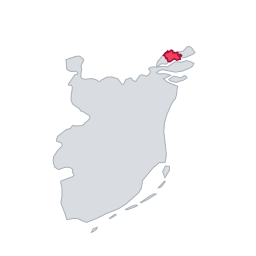 Terneuzen, Zeeland, Netherlands shown in context, rotated 160°
{"feature_id": "6326949B16829541191970", "entity_name": "Terneuzen", "entity_type": "district", "adm_level": 2, "iso_a3": "NLD", "parent_name": "Netherlands", "parent_adm1": "Zeeland", "projection": "natural_earth1", "projection_center": [3.831, 51.299], "detail": "fine", "context": "in_parent", "style": "filled", "palette": "rose", "viewbox_px": 256, "rotation_deg": 160, "n_neighbors": 0, "source": "geoboundaries", "source_scale": "gbopen_adm2", "svg_char_len": 4695}
<svg xmlns="http://www.w3.org/2000/svg" viewBox="0 0 256 256"><g transform="rotate(160 128 128)"><path d="M162.9,213.5L158.2,213.3L153.7,213.2L151.4,212.9L148.8,212.0L147.7,210.1L146.3,207.9L146.6,206.5L150.8,202.6L151.4,201.5L151.0,200.9L151.4,199.2L154.5,193.4L154.9,191.0L153.4,189.4L151.4,188.4L144.7,186.7L141.4,184.2L140.0,182.1L138.5,181.5L136.3,182.2L130.7,183.0L126.2,181.8L120.8,177.8L119.6,174.2L118.9,171.4L117.6,170.5L115.8,171.9L113.6,174.2L109.1,174.4L107.8,173.9L107.6,172.7L107.3,171.5L106.1,170.0L104.8,169.2L99.1,173.3L97.0,173.3L94.3,171.7L93.0,170.2L90.1,171.1L87.5,173.0L88.4,176.6L87.0,177.2L83.7,176.9L80.1,175.4L76.0,174.5L69.8,172.0L61.2,174.1L55.3,171.6L50.3,171.4L47.2,169.5L43.9,166.2L46.2,164.1L48.5,163.3L57.6,162.9L64.2,164.2L76.1,171.3L79.1,171.2L82.3,170.3L80.7,168.4L77.7,167.5L73.3,165.6L69.8,162.9L78.0,162.1L76.9,160.7L75.8,158.3L67.0,150.1L68.5,147.9L70.7,143.2L73.5,139.2L75.6,138.2L79.2,135.4L87.0,127.2L91.9,120.5L95.5,112.6L100.8,90.8L102.4,87.1L105.0,83.0L108.2,83.8L110.5,84.9L118.5,81.8L132.1,73.8L136.1,66.8L140.0,63.6L155.7,57.3L164.4,55.4L177.8,55.0L187.4,53.8L199.1,53.4L203.6,57.3L206.2,60.1L210.3,61.7L216.8,62.8L216.5,68.4L216.7,79.5L216.3,81.5L213.5,86.2L210.5,94.6L209.8,100.2L208.9,101.2L196.6,101.2L194.9,102.2L194.7,103.3L195.3,104.8L195.1,106.2L194.1,107.4L194.7,109.2L196.8,111.3L200.7,112.6L204.9,112.7L207.0,112.5L208.6,114.0L210.2,116.3L210.1,119.1L209.5,123.0L207.6,126.6L202.0,130.8L199.5,132.2L197.1,133.0L196.0,134.1L195.5,135.5L195.6,136.7L199.7,140.0L199.6,140.8L198.5,142.5L197.0,144.2L186.6,147.6L182.3,147.3L179.8,149.0L179.1,149.3L176.3,147.7L170.2,146.0L167.9,146.6L166.7,147.6L162.9,148.7L160.2,150.6L160.2,153.0L165.1,159.2L166.8,160.4L166.9,162.8L169.3,165.7L171.7,169.3L172.0,171.6L171.8,174.0L170.6,177.3L166.4,185.1L166.4,186.6L166.8,187.8L168.2,188.1L169.3,188.7L169.0,189.7L161.2,195.1L160.2,196.1L156.9,195.8L156.4,196.7L156.8,198.2L158.1,199.5L161.0,200.1L163.4,201.5L165.4,204.2L162.9,213.5ZM80.1,175.4L79.4,177.7L77.6,180.2L71.4,183.8L65.0,186.1L61.6,185.8L59.4,184.6L58.1,183.3L54.7,182.0L50.0,181.4L47.0,182.8L44.9,184.0L43.1,183.8L41.7,182.8L40.6,181.1L39.2,176.0L42.8,175.0L50.4,174.7L56.3,176.5L64.1,177.3L70.1,174.9L74.7,177.0L80.1,175.4ZM67.2,154.4L71.7,157.6L72.7,158.7L73.0,159.8L67.2,161.1L61.1,157.1L57.0,158.0L55.5,156.1L55.5,155.0L59.7,154.0L67.2,154.4ZM110.3,75.3L105.8,79.5L103.0,78.3L102.2,77.4L103.6,74.1L110.3,68.7L110.3,75.3ZM130.5,56.7L126.2,57.2L124.2,56.3L134.6,54.0L141.1,53.3L142.3,53.6L130.5,56.7ZM158.2,52.4L149.2,53.3L146.1,52.6L145.6,51.9L148.0,51.5L155.8,51.4L158.2,52.0L158.2,52.4ZM120.5,61.3L112.0,65.6L111.3,64.9L116.8,61.2L120.5,61.3ZM195.2,45.1L190.9,45.3L192.1,43.7L196.1,42.5L198.2,42.5L195.2,45.1ZM176.8,49.3L170.4,51.3L168.8,50.9L169.2,50.3L174.8,49.1L176.8,49.3Z" fill="#d9dde1" stroke="#a8b0b8" stroke-width="1"/><path d="M59.1,175.1L55.2,174.8L55.2,176.8L55.3,177.5L55.1,177.4L54.8,177.3L54.7,177.3L54.8,177.4L53.7,177.5L53.4,177.7L53.2,177.7L53.2,178.0L52.9,178.1L53.3,178.6L53.6,178.6L53.7,179.1L53.9,179.1L54.0,179.4L54.6,179.3L54.8,179.3L55.0,179.3L55.3,179.4L55.7,179.5L56.0,179.6L55.7,180.0L55.9,180.2L55.7,180.4L55.7,180.5L55.8,180.5L55.8,180.8L55.8,181.0L55.9,181.3L55.7,181.4L55.5,181.5L55.3,182.0L55.5,182.1L55.8,182.2L56.0,182.2L56.1,182.3L56.3,182.3L56.4,182.2L56.6,182.2L56.8,182.2L57.0,182.2L57.4,182.3L57.5,182.3L57.9,182.4L58.0,182.4L58.3,182.6L58.5,182.9L58.8,183.0L59.0,182.9L59.0,182.7L59.2,182.8L59.5,183.0L60.0,183.2L59.9,183.4L59.7,183.8L59.7,184.3L59.7,185.0L59.7,185.4L59.7,185.5L59.8,185.7L60.0,185.8L60.3,185.9L60.4,186.0L60.4,185.8L60.5,185.8L60.9,185.9L61.1,186.0L61.3,186.0L61.5,186.0L61.8,185.8L61.9,185.7L62.0,185.8L62.3,185.8L62.5,185.9L62.8,185.9L63.0,185.9L63.2,185.7L63.4,185.7L63.5,185.6L63.8,185.4L64.0,185.3L64.3,185.2L64.6,185.4L64.5,185.6L64.4,185.7L64.4,185.8L64.1,186.0L63.9,186.0L64.0,186.2L64.1,186.3L64.2,186.5L64.3,186.5L64.6,186.4L64.8,186.4L64.8,186.5L64.9,186.4L65.0,186.4L65.3,186.3L65.4,186.2L65.5,186.2L65.8,186.1L65.7,186.0L65.6,185.7L65.8,185.7L66.1,185.5L66.3,185.4L66.4,185.5L66.6,185.9L66.9,185.8L66.9,185.7L67.1,185.6L67.3,185.6L67.6,185.6L67.7,185.4L67.8,185.4L67.9,185.2L68.1,185.1L68.4,185.1L68.5,185.0L68.6,184.9L68.8,184.7L69.0,184.6L69.2,184.4L69.3,184.4L69.5,184.3L69.5,184.2L69.8,184.1L69.7,184.0L69.4,184.1L69.2,183.9L69.3,183.8L69.2,183.7L68.7,183.6L68.7,183.4L68.7,183.2L68.7,182.8L68.6,181.3L68.6,180.9L68.6,180.5L68.4,180.5L68.2,180.6L67.5,180.3L67.5,180.2L67.4,180.1L67.4,179.9L67.5,179.3L67.7,178.9L67.8,178.7L67.7,178.2L67.6,177.5L67.5,177.4L67.4,177.2L67.5,177.1L67.6,176.8L67.5,176.7L66.9,176.7L66.0,175.9L60.6,177.3L59.1,175.1Z" fill="#f43f5e" stroke="#9f1239" stroke-width="1.5"/></g></svg>